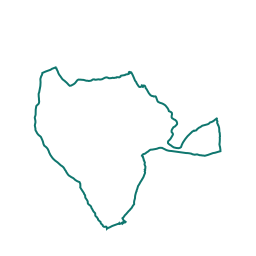 Muheza, Tanga, United Republic of Tanzania, rotated 336°
{"feature_id": "72390352B38576032693201", "entity_name": "Muheza", "entity_type": "district", "adm_level": 2, "iso_a3": "TZA", "parent_name": "United Republic of Tanzania", "parent_adm1": "Tanga", "projection": "albers", "projection_center": [38.789, -5.179], "detail": "fine", "context": "isolated", "style": "outline", "palette": "teal", "viewbox_px": 256, "rotation_deg": 336, "n_neighbors": 0, "source": "geoboundaries", "source_scale": "gbopen_adm2", "svg_char_len": 5729}
<svg xmlns="http://www.w3.org/2000/svg" viewBox="0 0 256 256"><g transform="rotate(336 128 128)"><path d="M87.0,213.0L87.6,212.8L87.0,211.6L86.5,211.4L86.3,209.1L86.2,208.8L86.2,208.2L86.4,208.0L87.1,208.0L89.8,206.4L91.2,205.9L95.0,204.1L96.0,203.8L97.7,202.9L98.3,202.8L99.2,202.2L101.0,200.9L102.6,200.1L103.2,198.6L103.5,198.0L104.3,196.8L105.5,195.4L106.0,194.7L106.4,193.8L107.2,192.5L108.8,190.5L109.5,189.7L110.1,189.3L110.5,188.5L111.3,187.8L113.6,185.1L114.9,184.3L117.7,182.2L119.3,181.2L119.8,180.7L120.4,180.4L122.4,178.9L123.7,177.5L125.0,176.3L125.6,175.4L125.6,174.4L126.5,173.6L126.6,173.3L126.4,172.8L127.2,172.3L127.4,171.9L128.2,170.4L128.2,170.0L128.3,168.0L129.4,166.3L129.3,164.8L129.5,164.4L129.5,164.2L129.3,163.6L129.6,163.0L129.6,162.5L129.8,161.7L129.6,160.9L130.0,160.1L129.4,159.0L129.6,158.8L130.6,158.3L131.4,158.1L132.4,158.3L133.6,158.3L134.9,157.9L136.6,157.7L138.7,157.1L139.7,157.0L141.4,157.6L144.6,158.4L146.1,158.7L148.0,158.8L149.2,159.1L151.0,160.0L154.2,163.9L155.9,165.3L157.2,166.1L158.2,166.6L170.7,174.4L172.3,175.2L173.5,175.9L175.4,177.2L176.2,178.2L178.0,179.5L180.4,180.2L182.4,182.0L183.8,182.7L184.3,183.1L186.3,184.2L186.8,184.6L190.0,185.1L195.5,185.5L197.4,186.0L201.9,186.6L203.0,186.8L203.3,186.1L203.6,185.4L204.1,183.6L204.4,182.7L204.4,182.1L204.9,180.0L205.2,179.7L205.4,179.1L205.7,178.8L206.6,177.1L207.7,174.8L207.9,174.0L208.3,173.4L208.5,173.3L208.7,172.9L209.0,171.9L209.7,170.1L209.9,169.2L209.8,168.8L210.9,166.1L211.4,164.5L211.4,164.0L211.6,162.3L211.6,162.0L211.4,161.8L211.6,161.0L211.5,160.6L211.5,159.7L211.7,159.3L212.1,158.5L212.4,158.3L212.4,156.9L212.6,156.0L213.2,155.3L213.4,154.9L212.6,155.5L210.5,155.9L209.3,156.3L208.7,156.3L208.1,156.5L206.7,156.5L205.1,156.3L203.7,156.9L202.5,157.0L201.7,156.9L200.4,156.7L196.7,156.1L195.5,156.4L194.1,156.6L192.9,156.6L190.7,157.2L189.5,157.9L188.3,157.7L187.8,157.5L187.4,157.6L187.0,157.2L186.1,157.4L185.4,157.4L179.1,159.7L175.8,161.4L172.3,163.6L170.4,165.2L168.7,167.0L167.8,167.2L166.2,167.1L164.9,166.4L164.0,165.9L161.9,164.3L160.9,162.8L160.2,161.4L159.4,160.3L158.8,159.2L158.4,158.2L158.8,157.0L159.7,156.2L161.1,155.8L162.7,155.0L165.9,152.7L166.6,151.9L166.6,150.7L166.2,149.4L166.7,148.2L167.5,147.3L169.8,145.8L171.5,145.7L174.2,144.6L174.6,144.1L174.9,143.3L175.1,141.7L174.4,139.8L173.6,139.0L173.0,138.0L172.3,137.0L172.2,136.0L172.8,134.7L173.8,133.4L174.2,131.9L173.6,130.7L172.2,129.2L172.4,127.5L172.2,125.8L171.6,123.5L171.3,122.5L170.2,120.7L169.2,119.5L167.3,117.8L166.1,116.3L165.9,115.3L166.2,111.0L166.0,110.3L165.3,110.0L164.3,109.7L163.8,109.0L163.1,108.7L162.5,108.0L161.9,107.2L161.2,104.7L160.9,101.3L160.8,100.1L160.4,98.9L160.6,97.5L160.5,96.3L160.0,95.8L159.6,95.8L159.2,95.4L158.8,95.7L158.8,96.2L158.4,96.5L158.1,96.1L158.1,95.8L158.5,95.5L158.3,95.2L158.0,94.9L157.8,95.4L157.8,95.7L157.6,95.9L157.1,95.4L156.9,95.4L156.4,95.5L155.8,95.5L155.4,95.3L155.0,95.0L154.7,94.2L154.2,91.4L154.1,90.4L154.2,89.4L153.9,88.5L153.7,87.4L153.8,84.3L153.8,81.1L153.6,78.7L152.9,78.7L152.7,78.1L152.6,77.6L152.3,77.4L151.5,77.4L151.2,77.8L151.2,78.3L151.0,78.7L150.7,78.9L149.4,78.7L148.5,78.4L147.3,78.2L146.7,78.4L143.0,77.4L142.4,77.5L141.9,78.1L140.7,78.2L140.2,78.0L139.7,77.6L138.4,77.0L137.6,77.2L137.1,76.9L135.5,76.6L134.9,76.2L134.6,75.9L133.3,75.7L131.3,75.0L130.9,74.8L130.4,74.3L130.1,73.9L129.3,73.2L128.9,73.0L128.2,72.8L127.2,72.7L126.6,72.7L126.0,72.8L125.5,72.8L124.2,72.9L123.3,72.7L122.5,72.5L121.8,72.2L121.2,71.7L120.4,71.4L118.8,71.0L117.5,70.5L117.0,69.9L115.9,69.4L114.7,69.5L114.1,69.7L113.5,69.7L111.9,69.3L110.9,68.9L110.5,68.5L109.1,67.8L107.0,66.0L105.3,65.1L104.3,64.5L103.5,64.2L102.9,63.8L102.3,63.6L101.0,63.8L98.2,65.3L97.4,65.6L96.1,65.9L93.2,66.1L91.9,65.7L91.4,64.6L91.1,63.8L91.0,63.3L90.1,60.9L89.7,60.3L89.5,59.6L88.0,56.9L87.5,54.5L87.4,53.8L86.8,51.2L86.7,49.4L86.9,47.5L86.8,46.9L86.8,46.2L86.7,44.9L86.7,44.7L86.9,44.5L86.9,44.3L86.5,44.0L86.1,43.6L86.1,43.4L86.2,43.2L82.6,43.0L81.0,43.3L75.7,42.9L72.1,42.9L71.9,43.3L71.1,44.4L69.7,45.5L68.1,47.3L67.7,48.0L66.7,50.7L65.0,54.0L62.1,58.2L61.2,59.5L60.7,59.9L60.3,60.4L60.0,61.0L59.4,62.6L59.2,63.0L59.1,63.4L58.7,64.7L58.3,65.6L57.6,67.7L57.0,68.7L56.5,69.2L56.0,69.6L53.9,70.3L53.1,70.7L51.2,73.6L49.0,78.3L48.1,79.4L47.5,80.0L47.0,80.7L46.3,83.9L45.6,85.5L44.8,86.5L43.9,87.8L43.2,90.9L42.7,92.0L42.6,92.7L42.8,94.2L42.8,95.3L43.2,97.3L43.7,98.5L44.7,100.4L44.8,101.0L44.8,104.4L44.7,106.0L44.3,108.1L44.3,109.2L44.3,110.0L45.5,112.3L45.8,113.2L46.1,114.3L46.2,117.0L46.0,118.4L46.1,119.4L46.1,120.9L46.7,124.1L47.1,125.6L48.1,128.0L49.7,130.8L51.4,134.7L52.3,136.1L53.0,137.6L53.3,139.1L53.4,140.7L53.7,141.7L53.8,143.8L54.1,144.9L54.1,145.6L54.3,146.4L54.8,147.6L55.9,149.2L56.2,149.8L57.3,151.1L58.0,152.3L58.6,153.9L59.1,154.6L59.5,155.3L60.3,156.3L61.4,157.4L61.7,157.7L61.7,159.7L61.5,160.0L60.9,161.7L60.2,162.8L60.4,164.5L61.2,169.4L61.2,170.0L61.1,170.5L61.4,171.8L61.4,172.2L61.1,173.0L60.9,173.5L60.7,174.3L61.2,177.0L61.3,177.9L61.3,178.7L60.7,180.4L60.8,181.4L61.0,181.8L62.0,183.7L62.2,184.2L62.3,184.9L62.1,186.1L62.3,187.3L62.5,190.1L63.3,192.5L63.1,193.2L62.6,194.4L62.6,195.5L63.2,196.6L63.4,197.8L63.6,198.8L63.4,199.4L63.6,200.4L64.7,202.6L64.5,203.2L64.5,204.1L64.6,204.7L64.8,205.1L65.0,205.6L65.3,206.1L65.3,207.6L65.8,208.4L66.4,208.8L67.7,209.1L68.1,209.4L68.1,210.2L67.8,211.3L68.0,211.2L68.4,211.4L69.1,211.2L70.6,211.3L73.8,211.1L79.6,211.5L80.5,211.8L81.2,211.4L81.2,212.2L81.5,212.3L82.4,212.2L83.0,212.5L83.6,212.7L84.1,212.9L84.1,213.1L84.4,213.0L84.5,212.6L84.5,212.3L84.1,212.1L84.7,212.0L85.0,212.3L85.1,212.8L85.3,212.8L85.5,212.8L86.4,212.9L86.4,212.7L86.5,212.3L86.8,212.7L87.0,213.0Z" fill="none" stroke="#0f766e" stroke-width="2"/></g></svg>